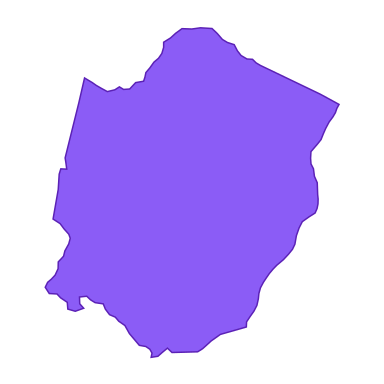 outline of Macieira, Santa Catarina, Brazil, rotated 88°
{"feature_id": "56859067B68237115379789", "entity_name": "Macieira", "entity_type": "district", "adm_level": 2, "iso_a3": "BRA", "parent_name": "Brazil", "parent_adm1": "Santa Catarina", "projection": "equal_earth", "projection_center": [-51.346, -26.801], "detail": "fine", "context": "isolated", "style": "filled", "palette": "violet", "viewbox_px": 384, "rotation_deg": 88, "n_neighbors": 0, "source": "geoboundaries", "source_scale": "gbopen_adm2", "svg_char_len": 1699}
<svg xmlns="http://www.w3.org/2000/svg" viewBox="0 0 384 384"><g transform="rotate(88 192 192)"><path d="M74.3,295.4L98.6,301.9L153.5,317.6L158.4,317.0L164.8,316.4L164.3,322.3L169.5,324.1L184.8,325.6L214.2,331.8L219.0,324.9L224.5,321.1L229.9,316.6L234.0,315.3L239.6,317.0L246.4,321.1L251.7,322.6L257.2,328.1L264.0,328.5L270.3,331.7L274.2,335.6L277.2,339.4L282.1,342.0L288.5,338.2L289.2,330.5L293.2,327.0L297.9,320.5L304.7,320.2L307.1,312.8L304.4,304.3L299.8,308.1L293.0,308.1L292.5,300.8L296.2,297.2L299.2,292.7L300.7,284.6L306.0,282.7L311.7,278.7L314.4,273.0L318.6,269.7L323.1,263.7L331.3,259.5L343.4,250.0L344.8,243.5L347.7,239.6L351.6,237.6L355.8,238.6L355.0,231.8L351.6,227.7L347.2,222.0L351.7,217.6L351.9,191.9L349.0,186.9L346.0,183.3L341.5,178.0L335.3,168.6L328.8,142.4L323.7,142.0L318.4,138.2L313.3,134.3L307.6,131.1L301.0,129.4L295.8,128.7L290.1,126.9L284.6,123.7L280.4,120.7L276.1,117.5L271.9,113.7L268.2,109.9L262.8,103.0L257.5,97.7L252.8,93.6L247.8,91.0L239.3,89.2L231.6,86.2L225.5,82.8L220.8,75.7L217.3,69.7L212.9,67.6L208.3,66.5L203.4,66.2L199.0,66.5L193.9,66.5L187.1,66.5L180.6,69.1L173.0,69.8L168.1,72.1L162.4,72.3L155.8,71.7L148.2,64.7L144.1,61.2L138.6,58.8L133.2,56.2L126.8,52.5L121.8,48.5L117.7,45.9L113.5,44.3L109.6,42.0L98.6,60.6L67.9,119.2L65.2,123.4L61.5,126.9L61.0,132.4L57.3,138.2L52.5,141.7L46.2,144.7L43.8,151.4L40.6,156.3L34.5,161.2L29.3,166.3L28.2,177.8L29.1,186.5L28.4,196.3L32.8,202.8L37.3,208.1L41.3,215.1L46.5,215.3L52.5,217.3L57.2,220.8L60.9,225.5L66.4,229.7L71.0,233.9L75.5,235.0L79.6,236.5L80.7,244.5L86.9,250.7L87.1,256.8L84.4,260.9L87.2,265.6L88.7,273.1L85.4,278.7L82.1,284.0L79.2,287.8L74.3,295.4Z" fill="#8b5cf6" stroke="#5b21b6" stroke-width="1.5"/></g></svg>